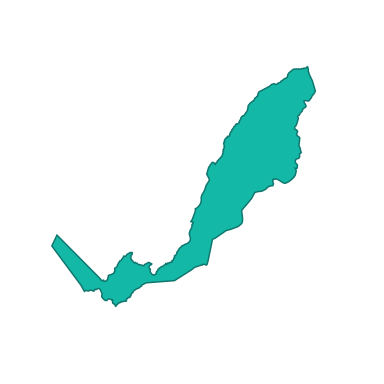 outline of Akrahreppur, Norðurland vestra, Iceland, rotated 71°
{"feature_id": "244011B74034306834774", "entity_name": "Akrahreppur", "entity_type": "district", "adm_level": 2, "iso_a3": "ISL", "parent_name": "Iceland", "parent_adm1": "Norðurland vestra", "projection": "orthographic", "projection_center": [-18.727, 65.238], "detail": "fine", "context": "isolated", "style": "filled", "palette": "teal", "viewbox_px": 384, "rotation_deg": 71, "n_neighbors": 0, "source": "geoboundaries", "source_scale": "gbopen_adm2", "svg_char_len": 6051}
<svg xmlns="http://www.w3.org/2000/svg" viewBox="0 0 384 384"><g transform="rotate(71 192 192)"><path d="M188.8,333.7L197.4,342.1L244.2,327.3L250.9,326.1L250.5,324.1L251.7,322.7L251.9,322.0L251.8,320.6L251.6,320.3L251.8,319.6L253.6,317.4L253.8,317.0L253.3,316.3L252.5,315.9L252.8,315.3L252.6,314.7L253.1,313.9L252.7,312.9L252.7,311.8L253.3,311.0L255.1,310.4L259.2,310.2L260.4,311.0L261.6,311.4L262.6,311.3L265.6,309.9L266.5,309.0L266.9,307.9L266.1,306.6L266.0,305.9L266.1,305.0L267.2,303.6L267.8,303.3L267.7,302.8L268.1,302.3L268.6,302.1L268.9,302.7L269.7,302.7L270.3,303.1L271.3,303.1L272.6,302.2L272.8,301.7L275.1,301.5L275.1,300.9L274.2,299.9L273.8,299.1L273.8,298.6L272.9,297.4L272.9,296.9L273.2,296.6L273.1,296.2L273.2,295.5L272.7,294.6L272.6,294.1L273.0,293.8L273.2,293.3L273.1,291.8L273.7,290.5L273.8,289.8L273.6,289.5L271.8,288.7L271.7,288.2L271.8,287.9L271.7,287.5L271.1,286.9L270.9,286.5L271.5,285.3L271.3,284.9L270.4,284.4L270.4,283.9L270.1,283.4L269.4,283.4L269.0,283.1L268.6,282.2L268.1,282.0L267.8,280.6L266.6,279.9L266.1,277.7L265.9,277.5L265.8,276.8L265.6,276.2L265.5,274.0L265.4,272.9L264.8,271.9L264.7,270.9L264.5,270.4L263.7,269.8L262.9,264.5L263.2,264.0L270.1,237.4L265.3,217.4L264.1,214.2L264.1,207.3L264.4,206.5L264.4,206.2L263.8,205.6L264.7,203.5L265.2,202.7L265.6,202.5L265.8,202.1L265.2,201.2L262.4,199.3L243.4,188.0L243.2,185.1L239.5,171.9L239.7,170.6L239.9,166.9L239.7,160.5L239.5,159.1L238.1,155.5L237.3,154.6L235.6,153.5L232.3,152.5L226.5,151.3L225.2,150.6L221.7,144.5L217.6,137.9L212.9,132.8L213.0,130.5L213.1,129.4L213.7,127.1L213.9,125.3L213.8,123.7L213.4,121.5L212.9,120.3L212.3,119.1L211.8,117.8L211.8,116.6L212.0,115.8L211.8,115.2L212.1,114.5L212.3,113.4L210.5,112.2L208.9,112.4L207.5,111.7L207.0,111.9L206.3,110.8L206.6,110.4L206.7,109.7L207.0,108.9L207.1,108.1L208.0,106.9L213.1,102.7L213.6,102.0L214.1,100.9L214.1,99.9L213.6,96.7L212.6,93.9L211.4,91.2L209.7,88.9L206.3,86.7L204.5,86.5L204.2,86.2L203.3,86.6L203.6,86.1L203.5,85.8L203.7,85.1L203.5,84.7L200.9,83.5L198.2,84.5L196.4,84.4L194.9,83.0L194.8,81.7L195.0,80.1L194.9,80.0L193.6,78.6L191.3,78.2L191.0,77.9L190.5,76.1L190.0,75.8L188.3,75.9L186.1,75.4L182.9,75.8L176.1,72.5L175.1,72.7L172.8,74.4L170.6,73.9L169.5,72.7L168.9,72.4L167.7,72.8L165.7,74.3L164.3,73.9L163.6,73.2L163.1,72.1L162.5,71.4L157.3,67.6L156.8,67.4L155.3,67.7L154.7,67.3L154.5,66.9L154.4,65.7L154.1,65.3L152.9,64.4L151.6,61.8L149.4,59.8L148.8,57.2L148.2,56.3L147.2,56.1L143.8,56.8L142.4,56.5L142.3,56.1L142.3,55.4L143.7,52.8L143.9,52.0L143.7,51.4L141.9,48.7L140.5,47.4L138.3,44.0L136.7,42.5L126.3,42.0L118.9,42.8L115.0,42.6L113.8,42.0L111.3,41.9L111.2,42.8L111.9,44.0L111.8,44.9L111.4,45.7L111.5,47.0L111.1,47.7L111.2,49.4L111.0,50.1L110.3,51.0L110.3,52.4L109.6,53.1L109.4,54.4L108.9,56.1L110.7,61.2L111.4,62.3L112.3,63.2L114.6,64.6L115.0,66.5L115.0,67.8L116.1,70.7L116.1,71.6L117.1,73.0L117.2,73.4L117.0,74.3L117.3,75.6L117.6,76.5L117.7,77.3L117.5,77.9L116.2,79.3L116.1,79.5L116.4,80.0L116.2,81.2L116.4,82.2L117.3,84.1L119.1,96.0L120.7,97.7L122.8,98.7L122.7,99.6L123.4,100.5L123.6,101.7L125.4,103.5L126.9,108.1L128.5,110.6L132.7,112.9L133.7,113.9L135.7,116.8L136.5,117.6L136.6,117.8L136.5,118.9L136.8,120.1L137.5,121.3L138.7,122.1L141.0,124.6L141.8,124.8L142.5,126.8L142.1,127.5L142.1,128.0L142.5,128.7L143.4,129.6L144.0,131.3L145.1,132.1L146.2,134.1L147.2,134.6L147.7,135.7L149.4,137.3L151.2,138.4L151.2,139.2L151.0,140.4L151.3,140.7L151.9,140.6L152.1,142.6L152.5,142.9L153.3,144.0L154.1,144.8L155.1,144.7L155.7,145.9L156.4,146.0L156.7,146.4L158.4,146.3L160.1,147.1L160.8,147.0L162.1,148.8L163.5,148.8L164.0,149.7L165.4,149.9L166.0,150.8L167.8,151.9L168.6,153.6L169.2,154.0L169.3,154.8L170.2,156.5L170.7,157.1L171.1,158.2L172.1,158.7L172.4,159.9L173.5,161.2L172.9,161.5L172.1,161.4L171.1,162.1L171.0,162.6L170.6,163.2L171.9,165.2L172.1,165.7L173.2,166.8L174.1,168.2L179.9,172.3L185.5,171.4L186.7,172.0L187.7,173.1L190.2,176.3L193.4,178.7L195.4,180.5L197.2,182.7L198.6,184.1L200.4,185.2L202.8,185.9L205.4,187.4L206.3,188.4L208.2,191.3L208.8,193.0L208.9,194.3L211.1,195.0L218.2,200.8L219.6,202.7L221.1,200.8L222.0,201.4L223.0,202.8L224.3,203.1L226.4,204.6L227.6,206.3L228.7,206.9L229.9,207.9L231.1,208.3L234.7,208.4L237.1,209.4L238.4,211.0L238.6,212.0L239.1,212.6L239.2,213.1L239.1,214.4L239.3,216.4L239.6,217.6L239.6,218.8L240.0,219.8L240.6,220.5L240.9,221.6L241.6,222.8L242.5,223.6L244.0,225.9L245.2,226.4L246.2,227.5L246.4,228.8L246.6,229.3L247.1,229.6L248.2,229.6L248.6,230.7L250.2,231.7L250.4,233.3L251.8,233.8L251.9,234.2L251.4,235.0L251.5,235.8L251.4,236.6L252.0,237.4L251.4,237.9L251.3,238.2L252.2,239.4L252.1,239.7L251.3,239.8L251.0,240.1L251.7,240.7L252.1,241.5L252.1,242.2L252.8,243.5L252.6,244.4L252.6,244.7L252.9,246.0L253.2,246.4L253.2,247.6L254.0,248.4L254.1,249.4L255.0,250.0L256.2,251.9L257.8,252.3L257.7,253.3L258.3,254.5L258.3,254.9L257.7,255.4L257.7,255.9L257.0,256.5L254.5,257.4L253.5,257.5L251.5,256.5L250.0,257.1L248.9,257.2L248.7,257.1L248.0,256.2L247.3,254.9L247.3,254.6L247.5,254.4L247.4,253.9L246.9,253.5L246.2,254.2L245.8,254.3L245.7,254.7L245.1,255.1L244.8,255.7L244.4,256.0L244.7,257.5L245.0,258.7L244.9,259.3L245.1,260.3L246.0,261.7L245.7,261.9L244.9,263.4L244.6,263.6L243.9,264.8L243.5,265.1L243.5,265.7L243.0,266.4L242.5,266.8L241.6,267.0L241.0,268.0L240.1,268.5L240.3,269.5L240.2,269.6L239.0,270.3L237.8,270.5L236.5,271.2L236.3,271.6L235.5,271.3L235.0,271.5L233.4,270.7L232.5,270.6L231.8,269.8L231.7,269.1L229.9,268.3L229.5,268.6L229.5,269.8L229.1,270.1L229.5,272.1L229.7,272.3L229.6,273.0L230.1,274.2L231.1,275.7L230.9,276.6L230.6,277.0L230.4,277.6L231.2,278.0L231.8,279.0L232.2,279.2L232.8,280.5L233.6,281.1L233.7,282.7L234.0,283.2L234.5,283.5L235.4,284.9L236.2,285.5L236.6,286.2L237.8,286.8L238.4,287.7L238.7,288.8L238.7,289.4L239.1,290.0L242.1,290.9L242.4,291.8L243.5,292.6L243.5,294.0L243.8,295.6L243.6,297.0L243.7,298.1L244.0,298.5L245.1,298.7L245.8,299.6L246.8,299.9L247.2,300.3L247.9,301.8L248.3,302.2L248.0,303.2L248.0,304.2L246.6,304.3L246.4,305.3L246.5,306.2L243.9,307.1L188.8,333.7Z" fill="#14b8a6" stroke="#0f766e" stroke-width="1.5"/></g></svg>